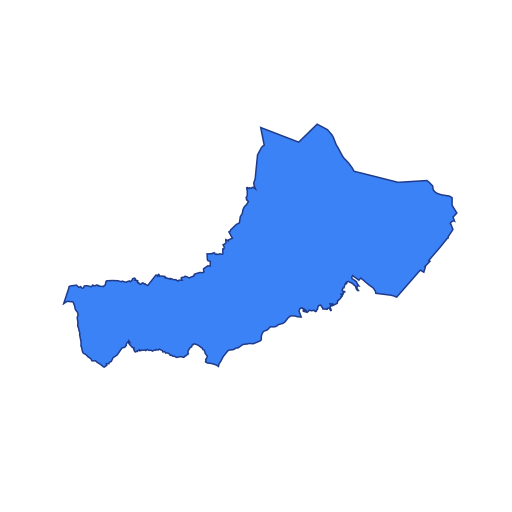 Racaciuni, Bacau, Romania (Mercator projection), rotated 329°
{"feature_id": "2599482B8693341278780", "entity_name": "Racaciuni", "entity_type": "district", "adm_level": 2, "iso_a3": "ROU", "parent_name": "Romania", "parent_adm1": "Bacau", "projection": "mercator", "projection_center": [26.919, 46.359], "detail": "fine", "context": "isolated", "style": "filled", "palette": "blue", "viewbox_px": 512, "rotation_deg": 329, "n_neighbors": 0, "source": "geoboundaries", "source_scale": "gbopen_adm2", "svg_char_len": 6108}
<svg xmlns="http://www.w3.org/2000/svg" viewBox="0 0 512 512"><g transform="rotate(329 256 256)"><path d="M450.3,322.6L450.2,313.5L454.1,307.1L452.7,304.3L446.3,298.9L443.3,295.3L442.4,293.1L442.0,290.5L443.5,286.9L442.3,281.7L441.3,279.3L415.8,266.1L383.7,233.9L383.8,229.7L383.3,224.1L381.7,217.0L381.6,214.6L382.1,205.1L382.0,202.2L383.4,194.1L383.5,191.6L382.3,184.5L376.3,174.5L351.2,180.4L326.2,148.3L320.1,165.3L318.1,165.3L316.3,166.0L309.4,170.1L294.9,189.6L291.6,192.3L290.6,194.9L290.1,198.2L289.0,195.6L287.9,195.3L286.8,195.6L285.4,194.0L284.7,194.5L284.0,193.6L283.9,192.9L283.1,192.8L281.9,196.0L279.8,199.5L278.4,200.5L277.6,200.8L277.4,202.7L276.8,202.9L277.5,205.2L277.1,205.7L274.4,207.0L271.2,207.9L268.9,209.4L266.0,212.6L262.8,214.2L258.8,219.1L255.4,218.8L248.0,220.5L246.5,221.4L245.2,221.4L244.9,228.6L240.5,228.0L240.0,228.8L238.6,226.4L238.0,227.2L237.3,228.9L236.8,229.3L234.7,229.6L233.7,229.3L233.4,230.3L233.5,231.3L233.0,232.7L231.8,233.3L231.1,232.9L228.8,237.0L228.1,237.2L225.8,235.3L224.8,235.4L223.4,234.5L223.1,234.0L222.8,234.2L222.0,233.5L221.8,232.5L222.1,232.1L221.8,231.7L220.5,231.3L219.7,231.4L215.0,229.0L214.8,229.8L212.5,233.9L212.4,235.2L214.0,237.1L211.6,241.0L209.6,239.6L204.9,239.9L204.3,240.1L203.0,243.0L201.3,242.6L199.4,241.2L194.6,240.0L193.7,239.9L192.5,241.1L192.1,240.8L191.7,241.1L189.1,240.5L187.5,240.5L186.4,238.7L184.8,236.8L183.4,237.1L181.5,236.2L180.6,236.3L180.4,236.6L180.2,238.7L177.7,237.1L176.0,237.2L175.9,236.6L175.3,235.7L175.2,235.1L172.8,233.6L172.6,232.9L171.5,231.7L170.9,231.8L170.9,231.2L169.9,231.0L169.9,230.5L168.7,229.8L168.3,229.0L167.8,228.8L167.6,228.0L166.9,228.1L166.8,227.3L167.1,227.2L166.8,226.8L167.2,226.5L164.2,224.2L162.9,223.7L163.3,221.9L163.0,221.5L162.6,221.6L161.2,222.8L160.9,221.2L160.4,220.8L148.0,225.5L147.3,224.7L146.7,223.0L146.4,222.5L145.9,222.6L145.2,220.7L144.7,220.9L143.5,220.5L142.8,221.1L141.9,220.4L141.5,219.3L141.8,218.7L141.6,218.1L140.9,218.1L140.8,217.4L140.9,216.8L141.8,216.2L139.8,214.3L140.7,214.0L140.7,212.7L140.2,212.2L138.3,212.0L137.7,212.7L135.2,213.4L134.7,212.2L130.6,211.3L128.5,208.7L127.2,208.6L125.0,206.2L120.7,203.3L115.4,200.4L114.4,200.5L111.7,203.3L109.9,203.3L109.5,203.6L106.2,201.2L106.0,200.4L105.4,200.4L105.3,199.7L104.6,198.8L102.5,198.6L101.6,198.0L101.5,197.3L101.0,196.8L99.1,197.6L96.0,194.6L93.8,193.3L93.0,193.4L91.9,194.4L90.9,194.4L90.1,193.5L90.0,191.9L89.7,191.7L88.4,191.9L87.9,191.6L87.2,188.8L86.9,188.4L81.7,186.2L80.1,185.9L78.8,187.3L66.6,197.8L69.8,197.6L71.2,197.9L75.5,201.1L74.9,205.1L73.8,208.1L73.6,209.3L74.0,212.0L73.8,213.3L73.5,214.2L72.8,215.2L70.9,216.8L69.3,220.9L67.1,224.2L66.8,226.4L65.9,228.6L65.5,230.9L64.3,232.6L61.8,239.5L59.6,243.0L59.4,244.8L58.3,247.5L57.9,249.6L58.0,250.5L59.5,253.0L60.1,255.9L61.6,259.1L61.3,261.0L61.5,261.5L64.4,263.1L65.1,265.4L67.1,269.2L68.0,272.2L68.7,273.1L71.9,272.8L72.1,271.3L72.6,271.3L74.3,272.5L75.7,271.7L77.7,271.8L81.0,269.6L86.1,269.3L93.8,265.8L96.1,266.6L97.3,266.4L98.9,265.8L99.2,264.9L100.0,264.3L102.2,263.6L103.3,262.9L103.4,265.2L102.6,264.6L102.0,264.9L102.1,267.1L102.5,268.0L102.5,269.4L102.9,270.1L102.9,270.8L104.1,271.9L103.3,272.5L103.3,273.5L103.1,273.5L102.9,274.3L103.0,275.9L103.3,276.2L104.6,276.1L105.2,276.8L106.4,276.2L107.9,276.4L107.4,277.1L107.5,277.4L109.8,278.1L112.9,279.8L113.4,279.6L113.6,280.0L113.4,280.3L114.8,280.2L115.6,281.8L117.4,282.6L118.3,284.2L120.3,284.3L121.2,284.7L121.5,285.2L122.5,284.9L123.9,286.3L125.2,286.0L126.9,288.8L126.8,290.4L128.0,290.6L128.5,291.3L128.5,292.6L129.3,292.8L130.6,294.1L131.4,295.6L131.3,296.9L132.9,297.9L132.9,298.8L134.5,299.9L135.5,301.9L139.2,303.3L140.3,304.0L141.3,305.3L142.2,305.7L143.2,305.1L144.2,305.5L145.7,305.1L146.8,305.3L147.9,304.5L147.9,303.6L149.2,302.2L152.9,300.4L153.9,300.8L155.5,299.4L156.6,299.7L157.1,299.2L158.3,300.0L160.1,302.0L161.6,305.2L161.9,306.4L162.5,307.2L162.3,308.8L163.0,309.8L163.0,311.0L162.3,313.5L162.6,315.8L162.5,317.0L161.9,317.7L159.6,318.8L159.6,319.5L158.4,320.4L158.3,321.1L159.3,322.7L162.6,325.3L165.1,328.1L166.1,329.5L166.9,331.3L168.9,329.3L171.8,328.0L176.1,325.3L182.7,322.9L184.3,322.7L187.4,324.2L189.0,324.7L191.3,324.6L193.3,325.5L199.4,325.1L203.4,327.0L205.0,327.4L208.5,329.8L215.6,330.9L217.3,330.6L219.4,327.3L222.0,325.2L223.8,324.5L227.5,325.2L231.9,324.1L234.9,326.0L237.0,326.7L240.0,326.4L244.5,327.6L247.0,327.4L251.5,325.6L254.3,325.2L255.3,325.4L258.7,327.6L260.1,329.3L263.3,331.6L264.6,325.2L266.2,323.9L267.3,323.7L268.4,324.3L268.7,324.1L270.3,326.9L270.4,327.7L270.9,328.4L270.8,328.9L268.6,326.7L268.1,327.7L270.8,330.6L272.6,330.4L273.6,329.7L274.0,329.8L274.3,330.5L275.5,331.6L277.9,332.5L277.9,333.3L278.5,334.4L279.2,334.4L279.4,333.9L281.1,333.4L282.0,332.6L282.5,331.8L284.1,330.8L286.2,331.4L286.1,333.5L286.5,334.7L286.0,335.8L289.6,338.3L290.0,337.6L291.9,338.2L291.9,341.2L292.5,341.3L293.2,338.2L293.8,337.4L294.4,337.3L294.8,335.1L295.5,335.6L295.3,337.4L295.4,337.9L296.7,337.9L296.8,337.1L296.5,336.7L296.5,336.2L297.1,336.4L297.1,338.1L301.2,338.4L301.5,337.8L302.5,337.3L302.9,336.3L304.0,336.5L304.1,336.1L305.6,336.1L307.6,335.4L307.7,335.0L307.9,335.2L309.3,334.7L309.7,334.3L309.1,333.1L309.2,332.4L310.6,333.7L311.6,333.2L311.6,332.6L312.0,331.7L312.7,331.9L313.4,332.6L313.7,332.5L313.7,332.1L312.7,331.3L312.1,329.9L313.7,328.5L314.2,328.2L314.9,328.6L318.1,325.8L319.2,325.4L319.1,326.9L319.7,325.9L320.8,325.0L322.1,325.4L323.4,327.6L324.1,328.1L324.4,329.3L325.0,330.5L325.0,331.3L325.6,332.5L325.6,333.5L325.0,336.5L325.6,338.2L326.0,338.4L325.9,336.1L326.4,334.8L327.4,334.0L328.1,334.0L328.8,334.6L328.5,331.8L328.9,329.8L326.6,324.6L327.4,323.3L328.7,322.5L331.7,329.7L334.4,328.9L334.8,329.7L337.9,338.9L340.0,343.7L340.2,347.5L339.5,349.7L351.1,358.8L353.2,360.8L355.4,363.7L389.5,352.7L391.5,356.3L395.7,352.5L395.4,352.0L402.4,350.1L401.7,349.0L402.3,348.6L417.8,343.5L428.7,339.5L429.8,339.6L430.9,338.3L437.3,335.3L438.5,334.6L439.5,328.7L439.2,328.3L439.4,327.9L440.8,327.4L443.7,327.6L444.1,328.3L444.9,324.2L450.3,322.6Z" fill="#3b82f6" stroke="#1e3a8a" stroke-width="1.5"/></g></svg>